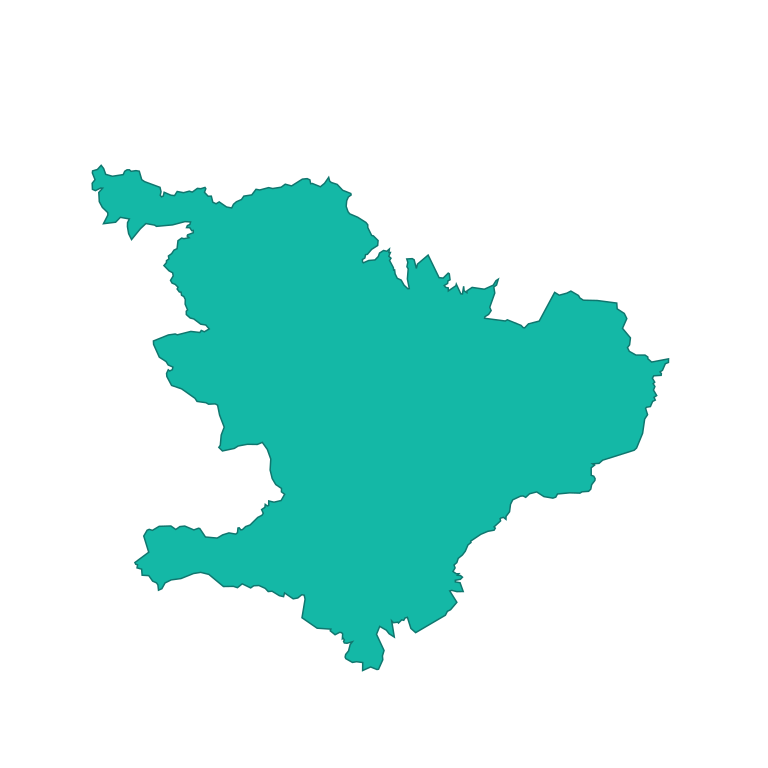 outline of Tetela de Ocampo, Puebla, Mexico, rotated 257°
{"feature_id": "50627088B39259384142241", "entity_name": "Tetela de Ocampo", "entity_type": "district", "adm_level": 2, "iso_a3": "MEX", "parent_name": "Mexico", "parent_adm1": "Puebla", "projection": "natural_earth1", "projection_center": [-97.768, 19.812], "detail": "fine", "context": "isolated", "style": "filled", "palette": "teal", "viewbox_px": 768, "rotation_deg": 257, "n_neighbors": 0, "source": "geoboundaries", "source_scale": "gbopen_adm2", "svg_char_len": 6171}
<svg xmlns="http://www.w3.org/2000/svg" viewBox="0 0 768 768"><g transform="rotate(257 384 384)"><path d="M235.0,561.8L239.2,563.7L242.6,567.8L244.3,568.4L247.0,567.6L248.4,565.4L255.7,567.0L257.6,570.9L259.3,569.3L258.3,575.7L260.6,579.9L263.2,612.9L264.8,615.7L277.8,624.9L291.2,630.1L294.8,633.9L301.5,633.4L302.3,634.7L302.1,638.5L306.6,641.8L307.3,644.7L310.3,644.1L311.4,647.1L317.5,645.2L320.6,647.4L323.8,646.3L324.9,648.2L329.3,646.8L331.3,648.7L330.1,656.0L331.7,656.6L333.7,655.7L334.7,658.4L340.5,662.7L341.0,666.0L344.5,666.9L345.2,649.7L349.2,646.8L351.0,647.1L353.5,644.8L355.5,636.0L360.6,630.4L364.7,629.4L366.9,632.1L373.5,634.5L384.6,628.9L393.1,635.3L398.7,634.0L404.8,628.1L410.5,629.0L417.4,610.5L420.8,597.1L423.8,594.2L426.5,593.4L432.5,587.0L431.4,582.6L431.1,574.7L434.9,570.9L410.4,549.4L410.1,538.3L407.1,533.7L407.6,532.3L410.3,530.7L418.8,518.6L418.1,516.4L425.4,496.8L426.9,497.5L428.3,501.6L431.4,504.9L435.0,504.3L447.7,512.4L453.8,512.8L455.1,515.9L460.4,518.9L459.5,516.4L455.7,512.6L453.8,503.1L458.3,491.6L456.1,485.8L454.3,485.3L456.8,483.0L461.3,483.6L454.1,480.7L454.6,479.1L465.0,476.9L463.6,476.2L460.2,467.6L463.2,468.2L464.3,465.8L466.4,464.8L467.7,468.6L470.0,469.4L470.7,471.8L476.7,472.4L477.6,471.5L473.9,465.5L475.2,461.6L499.7,456.0L493.3,443.6L489.3,441.5L498.3,441.3L499.8,439.7L500.7,434.3L497.2,434.6L493.1,432.7L490.8,433.5L481.1,430.4L471.3,430.1L471.4,428.7L475.7,425.8L481.4,424.1L484.0,420.7L488.8,419.6L492.8,420.0L492.8,419.0L495.3,419.3L503.1,417.2L505.0,419.1L507.4,417.4L510.7,419.8L511.0,418.3L514.3,419.6L512.7,416.6L514.2,413.6L512.6,409.1L509.5,407.1L506.9,403.1L507.8,396.9L506.7,391.1L507.6,390.6L510.1,390.9L511.1,393.7L514.2,395.1L514.1,397.0L518.0,402.3L520.4,409.0L525.1,410.5L530.7,407.0L531.5,405.4L540.1,403.4L542.8,404.0L545.5,402.7L552.4,395.9L557.5,388.9L560.0,387.7L565.6,387.1L571.0,388.9L574.2,391.3L575.6,394.5L577.1,394.5L582.1,387.3L589.0,383.3L592.2,378.0L593.9,376.7L597.8,376.6L592.9,371.2L590.5,366.4L595.5,359.3L595.7,357.6L599.6,357.7L601.4,355.3L602.0,350.5L597.8,338.5L600.9,332.7L598.9,328.1L599.5,319.5L601.3,315.8L601.0,306.6L602.5,303.1L598.0,297.7L598.6,289.7L595.8,286.6L594.8,281.2L593.0,277.8L589.8,275.2L591.9,270.4L598.5,264.4L597.4,260.9L599.6,258.1L605.9,258.0L606.5,254.9L611.2,252.2L614.4,254.3L615.8,253.8L615.5,249.4L616.6,246.2L614.1,240.3L615.7,237.7L615.5,231.7L618.1,225.8L614.7,222.3L615.9,218.8L620.3,212.9L616.8,211.2L616.4,209.3L618.2,208.4L621.5,210.0L626.0,210.0L635.0,196.3L637.6,193.9L646.4,193.4L647.7,190.3L648.1,185.4L650.0,184.1L650.5,181.8L649.6,179.2L646.7,177.0L647.5,166.1L650.9,160.0L657.0,159.3L660.7,157.6L657.5,153.0L657.2,148.0L655.3,147.3L648.1,148.4L645.2,144.8L639.3,143.7L637.3,146.3L638.7,152.0L638.1,153.9L634.8,149.2L625.7,147.6L619.4,149.3L613.1,153.4L610.7,152.9L603.3,146.7L602.0,158.9L605.7,164.6L602.1,173.0L598.9,170.4L595.0,169.4L587.9,169.0L581.5,170.5L590.1,181.6L593.9,188.1L590.4,196.3L588.8,197.7L586.6,213.7L587.0,226.6L585.4,232.0L583.1,230.7L582.6,228.1L580.8,226.8L580.0,229.9L576.6,231.2L576.5,232.7L574.3,232.2L573.5,226.2L572.4,225.5L570.4,226.9L570.6,221.7L571.7,219.7L570.0,215.5L562.4,212.8L561.7,209.5L558.8,206.4L557.2,202.7L554.3,202.6L553.1,199.8L551.2,199.3L548.9,196.2L542.6,200.0L539.9,203.1L536.7,202.9L533.0,199.3L530.0,200.2L528.0,203.0L524.6,205.1L523.1,203.8L519.7,205.3L519.1,206.9L516.0,206.7L514.3,208.6L511.1,209.4L506.5,208.2L500.4,209.3L499.4,207.7L496.1,207.0L491.9,210.0L490.2,213.3L483.5,218.9L481.6,223.6L477.0,226.1L475.3,220.7L477.3,218.0L475.6,216.2L478.7,207.6L478.4,193.7L479.7,191.8L480.3,184.9L477.8,169.0L474.4,168.4L460.7,171.1L454.9,176.7L451.1,178.0L448.0,182.1L445.6,181.0L444.9,178.1L446.4,177.0L443.2,174.5L440.1,174.1L430.4,176.7L424.8,185.7L412.6,196.6L409.1,197.9L405.8,206.4L403.8,208.5L402.6,215.1L400.8,217.1L390.7,216.8L377.9,218.6L370.9,213.9L361.1,210.7L359.4,208.8L355.1,211.5L354.9,223.7L356.4,228.0L356.0,237.3L353.6,247.0L354.5,252.3L346.5,255.6L336.3,256.8L325.8,253.7L317.0,253.8L310.4,255.9L305.3,260.6L302.0,259.8L298.9,262.4L293.6,257.5L293.6,250.2L296.0,245.4L291.6,244.3L291.4,242.9L293.4,241.2L290.6,240.2L289.2,236.5L285.2,237.3L283.5,235.5L282.4,231.0L276.8,221.9L276.2,217.1L274.0,213.4L274.0,211.7L276.5,210.5L276.5,209.3L272.1,207.8L271.1,205.8L273.8,199.4L273.3,192.9L271.4,186.8L275.1,175.6L284.6,172.0L285.2,170.8L284.6,165.9L290.4,157.9L291.0,153.1L289.1,148.4L293.6,144.4L295.9,132.9L293.5,125.4L295.2,122.5L294.8,120.3L289.9,115.7L273.0,116.9L266.1,101.1L264.3,101.5L263.3,103.2L260.4,102.0L258.1,106.2L252.1,105.3L250.2,111.7L244.0,114.2L241.4,117.6L239.1,118.5L233.8,117.9L234.5,121.5L239.4,125.9L241.0,132.6L240.1,142.4L242.2,155.8L241.7,163.0L237.9,170.5L222.8,182.0L220.7,191.8L218.5,195.4L221.2,200.9L215.3,208.2L216.7,211.7L215.8,216.8L211.6,222.3L207.8,224.5L207.3,228.3L201.3,234.4L199.4,238.3L202.8,240.1L195.1,247.2L194.9,251.9L197.2,256.5L196.2,258.7L192.1,258.7L174.7,251.5L161.1,263.9L157.1,277.1L155.6,276.1L150.7,279.9L152.0,284.9L151.3,286.7L149.8,287.5L145.1,286.1L145.5,287.0L143.5,287.8L142.3,286.7L140.6,287.1L139.7,289.7L140.0,295.2L137.7,292.4L131.9,289.4L129.1,285.8L126.7,284.7L125.0,285.0L119.8,290.6L119.6,294.7L117.4,300.6L109.6,298.7L111.3,307.3L107.4,312.9L107.3,314.5L115.6,320.8L119.4,321.3L124.3,324.1L141.8,320.4L148.8,325.3L143.6,330.9L139.5,332.8L135.1,337.1L151.5,338.2L149.3,339.5L148.8,343.9L147.8,344.3L150.2,348.2L149.3,350.1L151.3,351.9L151.4,354.3L139.8,355.2L134.6,358.9L144.9,391.8L148.2,394.6L149.1,398.1L154.9,405.9L167.6,401.5L167.7,403.6L165.3,408.3L164.0,414.5L173.3,413.4L175.1,409.0L176.7,409.3L176.5,414.5L178.1,417.0L180.2,415.4L181.1,412.6L182.3,414.3L182.8,411.8L185.8,409.0L188.8,411.9L191.9,411.5L193.6,414.8L197.4,417.1L199.8,422.0L202.8,425.6L208.3,429.6L210.0,433.1L211.4,433.1L215.8,444.6L217.1,452.1L216.8,458.4L218.5,460.0L220.0,459.1L224.4,466.8L226.7,466.8L227.1,467.7L227.2,470.4L224.7,472.4L227.5,473.1L231.3,477.6L238.3,480.2L242.2,483.4L244.0,491.8L243.6,494.4L241.7,496.6L244.3,501.1L244.5,508.5L238.3,514.5L234.8,522.9L235.1,525.9L237.8,528.3L236.2,540.4L233.6,550.4L234.4,552.7L233.4,559.2L235.0,561.8Z" fill="#14b8a6" stroke="#0f766e" stroke-width="1.5"/></g></svg>